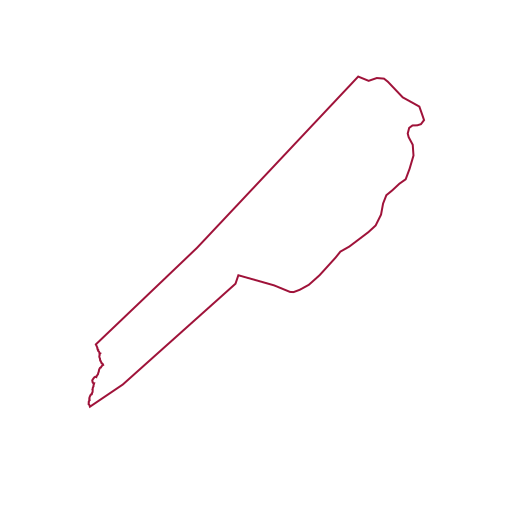 the district of Ngeriungs, Ngeremlengui, Palau, rotated 125°
{"feature_id": "81905179B87089550714781", "entity_name": "Ngeriungs", "entity_type": "district", "adm_level": 2, "iso_a3": "PLW", "parent_name": "Palau", "parent_adm1": "Ngeremlengui", "projection": "mercator", "projection_center": [134.606, 7.483], "detail": "fine", "context": "isolated", "style": "outline", "palette": "rose", "viewbox_px": 512, "rotation_deg": 125, "n_neighbors": 0, "source": "geoboundaries", "source_scale": "gbopen_adm2", "svg_char_len": 1828}
<svg xmlns="http://www.w3.org/2000/svg" viewBox="0 0 512 512"><g transform="rotate(125 256 256)"><path d="M116.4,180.4L114.5,180.0L107.3,177.4L96.5,180.2L83.4,184.6L75.0,191.4L71.1,199.1L68.6,202.0L63.2,204.0L59.3,202.7L56.5,198.9L53.4,196.5L48.3,196.3L46.0,199.4L39.9,207.9L41.9,226.8L37.6,248.0L37.3,252.9L40.9,259.1L47.9,264.2L50.4,275.2L283.1,309.0L420.3,336.5L421.0,335.2L422.3,333.1L422.9,332.8L423.3,331.7L423.6,331.8L424.4,330.5L424.3,330.0L424.5,329.6L424.9,328.9L425.4,328.5L425.2,327.8L426.2,327.9L426.7,327.3L427.2,327.1L427.8,327.0L428.3,326.6L429.0,325.9L429.5,325.0L430.7,324.0L430.8,323.5L431.1,323.4L431.7,322.0L432.2,321.4L432.4,321.0L432.2,320.8L432.4,319.5L432.9,318.7L433.8,319.1L434.7,319.2L435.7,319.2L436.3,319.1L436.6,319.4L437.1,319.6L438.2,319.5L439.5,319.2L440.8,318.5L441.4,318.4L441.9,318.2L442.5,318.1L443.6,317.6L444.6,317.7L445.4,317.6L446.4,317.6L446.8,317.4L446.9,317.8L447.1,318.4L447.4,318.5L448.0,318.8L449.0,318.9L450.5,318.9L451.3,318.9L452.1,318.6L452.4,318.0L452.8,317.8L453.1,317.5L453.3,317.0L453.5,316.5L453.3,316.0L453.1,315.6L453.6,315.5L453.8,315.3L454.5,315.2L455.9,314.5L456.1,314.3L456.5,314.3L457.5,314.1L458.0,313.9L458.6,313.4L459.2,313.4L459.4,313.1L459.9,312.6L460.4,312.3L461.4,311.8L462.4,311.7L463.0,311.3L463.3,311.4L463.6,311.3L464.0,311.7L464.3,311.6L464.9,311.8L465.4,311.6L466.1,311.6L466.7,311.4L467.8,311.1L468.3,310.6L468.8,310.6L469.2,310.2L469.4,309.6L470.1,309.7L470.5,309.5L471.0,309.5L471.6,309.3L472.0,308.8L472.4,308.7L473.4,308.1L473.4,307.5L473.7,306.9L474.7,305.6L437.7,291.4L290.5,256.9L281.9,259.4L269.7,224.4L265.9,207.5L264.0,204.5L258.6,200.8L249.3,196.2L235.3,192.9L211.7,189.9L204.0,189.4L194.8,185.0L171.9,177.6L162.4,175.5L150.4,177.3L140.1,182.0L131.4,184.1L124.0,182.0L116.4,180.4Z" fill="none" stroke="#9f1239" stroke-width="2"/></g></svg>